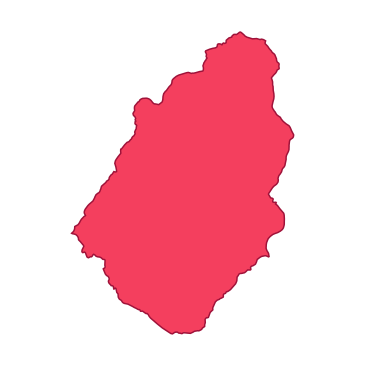 the district of Quelicai, Baucau, East Timor, rotated 339°
{"feature_id": "22284137B85640858688348", "entity_name": "Quelicai", "entity_type": "district", "adm_level": 2, "iso_a3": "TLS", "parent_name": "East Timor", "parent_adm1": "Baucau", "projection": "albers", "projection_center": [126.562, -8.598], "detail": "fine", "context": "isolated", "style": "filled", "palette": "rose", "viewbox_px": 384, "rotation_deg": 339, "n_neighbors": 0, "source": "geoboundaries", "source_scale": "gbopen_adm2", "svg_char_len": 5948}
<svg xmlns="http://www.w3.org/2000/svg" viewBox="0 0 384 384"><g transform="rotate(339 192 192)"><path d="M314.9,77.3L313.5,75.5L312.3,74.6L311.4,74.1L310.2,74.1L307.3,71.9L303.4,70.7L298.6,67.0L298.0,66.1L297.6,65.8L297.3,65.2L297.2,64.7L295.9,62.1L294.8,60.3L294.2,59.9L293.1,60.0L292.5,60.3L290.1,60.9L289.6,60.8L288.9,60.3L287.5,59.9L285.7,60.5L285.1,60.9L284.6,61.6L281.7,61.4L278.4,62.6L278.0,63.2L277.5,64.5L277.2,64.9L275.8,65.0L274.8,64.2L274.1,64.3L273.6,64.6L273.2,65.1L272.7,65.3L272.2,64.5L270.9,63.6L269.8,63.2L269.1,63.2L268.4,63.7L267.8,64.9L267.4,65.4L266.0,65.8L265.4,65.8L262.8,65.3L259.4,65.0L255.5,65.1L254.9,65.5L254.7,66.4L254.9,67.8L254.8,68.9L253.8,70.5L253.8,71.1L254.0,72.3L252.8,73.1L252.5,73.6L251.3,74.2L250.8,74.7L249.3,75.8L248.3,77.2L247.7,77.7L247.4,78.4L247.2,79.9L247.0,80.6L246.3,82.1L245.7,82.8L245.2,82.9L242.3,82.3L237.7,81.9L235.9,81.6L234.8,81.1L233.7,81.0L232.6,79.9L231.3,79.0L229.7,78.7L221.5,78.1L218.8,78.4L215.4,79.5L214.1,80.2L213.4,80.8L212.4,82.7L211.2,84.2L208.2,85.6L204.3,88.2L203.2,88.5L200.8,90.1L199.2,92.4L197.9,95.2L196.8,96.8L196.2,97.3L192.3,98.5L189.6,96.8L188.7,96.4L188.1,95.9L187.4,94.6L186.6,92.0L186.0,90.8L185.3,89.8L184.1,88.7L182.9,88.0L179.4,86.9L177.6,87.0L176.1,87.5L175.5,88.2L174.5,88.7L173.9,88.6L169.5,91.1L168.9,91.8L168.3,93.0L167.6,95.5L167.2,95.9L166.0,96.7L165.1,97.5L164.8,99.0L164.9,99.6L165.6,101.3L165.8,102.1L165.7,103.3L165.1,103.8L164.8,104.3L164.9,105.7L164.2,105.9L163.9,106.4L163.3,107.7L163.5,108.8L164.1,109.4L164.2,110.0L163.3,111.4L162.7,112.7L162.3,113.2L161.5,113.8L160.0,115.5L159.8,117.0L159.4,117.5L157.9,118.7L156.9,118.9L155.5,119.6L155.1,120.3L154.2,120.9L153.3,121.2L151.2,122.4L149.1,122.4L146.1,123.8L141.5,126.6L140.8,126.5L140.0,128.3L139.5,130.2L139.0,130.6L135.4,132.7L132.9,134.4L131.6,135.5L130.2,137.6L129.9,141.5L129.4,144.2L128.9,145.9L128.0,145.9L127.3,145.7L126.4,144.9L124.0,146.7L122.4,147.1L120.3,148.5L119.7,149.2L119.1,150.3L118.5,150.7L117.6,151.0L116.0,151.3L115.2,152.1L114.5,152.4L113.0,152.9L109.6,154.2L108.3,155.9L108.0,156.5L107.5,156.8L106.9,157.7L105.6,158.9L104.5,159.4L103.7,159.4L101.5,160.1L99.8,161.6L98.7,162.8L96.3,164.9L91.6,166.6L89.9,167.4L86.3,169.7L85.1,170.8L84.2,172.1L83.9,173.2L84.1,175.9L82.4,176.2L79.0,177.8L77.8,178.7L75.5,180.7L73.9,181.7L70.2,182.2L69.1,184.5L68.1,185.6L67.2,186.4L64.8,187.4L65.3,188.0L67.2,189.2L68.5,190.4L69.2,192.0L69.5,194.0L69.1,195.3L69.0,196.0L69.2,196.6L70.0,198.4L71.6,203.1L71.4,204.1L68.8,206.5L68.1,207.6L67.8,208.4L68.2,209.4L69.2,209.6L70.0,209.5L70.7,210.3L70.7,215.0L71.1,215.7L71.8,216.3L74.2,216.1L75.0,216.5L75.9,216.1L77.3,215.0L77.9,214.9L78.8,216.1L79.4,217.6L80.8,218.8L82.4,219.6L83.6,220.8L84.6,222.9L85.8,223.5L86.2,223.9L86.4,224.5L84.4,229.1L84.2,230.4L83.6,231.4L82.7,231.8L82.2,231.7L81.6,231.9L81.7,237.5L82.3,239.3L83.4,240.7L83.7,242.0L83.6,243.5L83.1,244.2L82.4,244.7L81.9,245.6L81.8,246.2L81.9,247.6L82.7,249.4L83.0,250.5L84.1,251.0L84.7,251.9L84.3,254.0L84.3,254.6L85.0,254.6L85.6,254.2L86.2,254.4L86.4,255.1L85.8,258.7L86.4,260.7L85.5,263.6L85.5,264.3L85.8,266.0L86.9,267.5L87.3,268.4L87.4,269.2L87.7,270.3L88.7,271.6L92.1,273.8L95.7,277.8L96.7,279.1L98.2,280.6L99.3,282.0L100.0,282.7L100.9,283.0L101.1,283.5L101.2,284.8L102.1,285.2L102.9,285.4L103.3,285.7L105.1,288.5L105.7,289.2L106.3,289.2L106.7,289.5L107.2,290.8L107.5,293.0L108.2,295.0L112.4,302.8L115.6,308.3L121.5,316.5L122.8,317.4L123.3,317.4L125.4,316.9L126.2,316.9L127.5,317.3L128.1,317.6L129.2,319.1L130.3,319.5L130.7,319.9L131.8,320.6L132.5,320.6L133.2,320.4L134.0,320.5L139.9,323.4L143.0,323.2L144.3,322.9L147.5,323.5L148.2,323.9L149.1,324.1L151.0,323.9L152.0,323.6L152.9,322.8L155.6,322.1L156.3,320.4L157.6,318.7L158.5,315.8L158.8,315.4L160.0,314.7L160.8,314.6L161.5,315.0L162.4,314.9L165.5,311.3L166.1,310.8L169.2,309.5L169.7,307.9L170.1,307.3L174.4,303.0L176.0,302.3L176.8,302.0L179.1,302.0L179.9,301.6L181.6,301.6L183.5,301.3L184.0,300.4L184.2,299.7L184.5,299.1L185.2,298.6L186.9,298.6L187.4,298.3L188.0,297.7L188.6,297.5L189.5,297.7L190.7,297.5L193.0,296.9L199.8,293.3L201.5,291.6L202.1,290.8L203.6,287.6L205.4,286.4L206.4,285.5L207.5,285.3L209.3,285.8L212.1,286.2L213.5,285.8L215.9,284.7L218.5,285.7L219.1,285.5L219.4,284.9L219.4,284.1L219.7,283.3L220.8,282.6L222.4,282.7L225.1,282.2L225.6,281.9L227.3,280.2L228.0,279.2L229.0,278.2L229.7,278.1L231.8,277.4L233.9,277.1L237.0,277.6L237.7,277.8L238.5,278.3L240.2,280.0L240.8,279.9L241.4,277.0L241.4,276.3L240.9,273.3L241.0,271.1L242.4,267.9L243.5,266.0L245.3,264.0L246.5,262.8L249.1,261.5L252.3,260.6L254.3,260.5L257.5,260.6L260.4,260.2L262.9,259.4L264.5,258.2L265.9,256.3L266.6,255.1L267.6,252.6L268.6,250.2L269.7,246.8L269.9,245.8L270.0,244.7L268.0,239.1L266.9,235.1L265.7,233.2L266.8,232.3L266.6,231.6L265.2,231.2L264.1,230.5L263.9,230.0L264.3,229.0L265.2,227.8L265.2,227.2L264.7,226.6L263.3,225.6L262.6,221.6L262.9,221.0L268.6,216.9L270.6,215.9L273.5,215.1L274.4,214.6L275.9,213.5L276.9,211.7L277.1,210.3L277.4,209.8L278.3,208.6L279.2,207.7L280.6,206.9L282.8,205.3L284.1,203.5L285.0,202.6L286.7,201.8L288.1,200.7L291.5,195.4L292.3,193.3L292.7,192.6L293.6,191.4L296.5,188.7L297.7,187.2L299.1,183.9L299.3,183.2L301.1,179.8L301.9,178.7L303.0,178.2L305.1,177.7L306.0,177.2L306.6,176.5L307.1,175.7L307.4,174.9L306.9,170.7L306.8,167.1L306.5,165.5L306.2,164.7L304.4,162.3L302.4,158.7L301.4,155.7L301.3,154.3L301.1,153.7L299.8,151.9L298.7,150.0L298.3,147.1L297.8,145.8L297.6,144.5L297.3,143.3L297.2,142.1L297.5,140.6L297.9,139.8L300.2,136.4L301.7,134.4L302.8,132.2L303.6,129.7L304.3,126.1L305.5,122.5L305.6,121.1L306.7,118.1L306.9,116.7L307.0,114.1L307.3,113.7L310.5,111.9L312.6,111.0L314.1,109.9L314.8,109.1L315.5,108.5L316.9,108.4L317.6,108.0L317.9,107.0L318.2,105.5L319.0,104.2L319.2,103.5L319.1,102.8L318.3,101.5L318.1,100.6L318.2,99.1L318.6,97.9L318.5,93.5L318.2,92.6L316.9,90.4L316.6,88.7L315.5,85.9L314.9,83.1L313.5,79.9L313.6,79.2L314.1,78.3L314.9,77.3Z" fill="#f43f5e" stroke="#9f1239" stroke-width="1.5"/></g></svg>